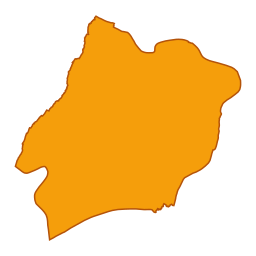 outline of Lamduan, Surin, Thailand
{"feature_id": "78962969B18818398645173", "entity_name": "Lamduan", "entity_type": "district", "adm_level": 2, "iso_a3": "THA", "parent_name": "Thailand", "parent_adm1": "Surin", "projection": "orthographic", "projection_center": [103.663, 14.716], "detail": "fine", "context": "isolated", "style": "filled", "palette": "amber", "viewbox_px": 256, "rotation_deg": 0, "n_neighbors": 0, "source": "geoboundaries", "source_scale": "gbopen_adm2", "svg_char_len": 5516}
<svg xmlns="http://www.w3.org/2000/svg" viewBox="0 0 256 256"><path d="M209.3,60.6L206.3,59.3L205.4,58.8L203.7,57.7L202.9,57.0L201.9,55.8L201.2,54.6L199.4,50.9L198.5,49.4L197.2,47.7L195.3,45.8L192.7,43.5L192.0,43.1L191.7,43.1L191.4,43.2L190.9,43.1L189.5,42.3L189.4,42.3L189.2,42.5L188.5,42.3L188.4,42.2L188.3,41.5L186.9,40.7L184.3,39.9L182.1,39.5L180.5,39.4L178.4,39.3L176.1,39.4L169.5,40.3L165.4,41.0L160.9,42.2L158.4,43.1L157.4,43.7L156.6,44.3L155.9,45.2L155.5,45.9L155.1,46.7L154.9,48.0L154.8,50.2L154.7,51.2L154.3,51.8L153.3,52.5L152.5,52.7L152.1,52.7L148.8,52.8L146.4,52.7L144.8,52.4L143.5,52.0L142.0,51.4L141.1,50.9L138.6,48.1L135.5,44.2L133.8,40.9L133.0,39.7L130.9,36.1L129.4,34.1L128.1,32.9L127.7,32.5L126.9,32.3L123.6,31.6L121.8,31.4L117.9,29.2L114.2,27.5L113.5,27.1L113.9,25.8L113.6,25.7L113.9,24.3L114.3,23.5L112.8,22.9L111.9,22.8L111.0,22.8L109.5,22.3L106.7,21.5L104.4,20.5L100.9,18.7L99.3,18.1L96.0,16.2L95.5,16.9L94.7,17.6L94.7,18.3L94.9,19.7L94.8,19.8L94.6,19.7L94.2,19.4L93.9,19.4L93.2,20.2L92.7,20.6L92.4,21.3L91.6,21.6L91.1,23.1L90.8,23.0L90.6,23.1L90.3,23.1L89.9,24.0L89.4,23.8L88.9,24.3L88.9,24.6L88.8,24.8L88.7,25.8L88.4,26.2L88.3,26.8L88.1,27.2L88.1,27.5L88.0,28.1L88.1,28.6L87.9,30.1L87.9,31.6L88.2,32.0L87.9,32.2L87.9,32.7L88.1,33.0L88.1,33.4L88.5,34.4L88.2,34.5L87.9,34.3L87.0,34.2L86.2,35.2L86.1,35.8L85.2,37.0L85.3,37.4L84.6,38.0L84.8,38.7L84.7,39.0L84.7,39.5L84.8,40.3L84.4,41.1L84.4,41.4L84.5,41.5L84.9,41.7L84.9,42.6L85.0,43.0L84.4,44.8L84.1,45.6L84.1,46.2L84.4,46.6L84.4,47.0L83.9,47.8L83.6,48.9L83.0,49.0L82.9,49.1L82.8,50.6L83.0,51.0L82.9,51.6L83.0,52.1L82.8,52.4L82.7,52.8L81.8,54.2L81.1,55.1L81.1,55.4L80.5,56.2L80.1,57.2L79.5,58.0L79.3,58.5L78.7,58.3L78.1,58.5L76.5,58.8L76.2,59.1L75.5,58.8L75.4,58.8L75.3,59.0L74.9,59.1L74.7,59.6L73.9,60.7L73.7,61.5L73.3,61.4L73.1,61.5L72.8,62.1L72.3,62.6L72.5,62.8L73.0,62.8L73.0,63.0L72.1,64.7L71.7,65.7L71.6,66.4L70.9,67.4L70.8,68.2L70.3,68.8L70.3,69.8L68.4,71.9L68.4,72.2L68.7,72.7L68.5,73.4L68.7,74.0L68.1,75.2L67.9,76.4L67.2,78.4L67.2,78.5L67.4,78.9L67.4,79.6L67.2,81.2L67.0,82.0L67.3,83.0L67.0,83.4L67.0,83.5L67.4,84.0L67.8,85.6L67.4,86.0L67.3,86.4L66.8,87.5L67.1,87.9L66.9,88.3L66.3,89.1L66.5,89.4L65.8,90.1L65.7,90.5L65.3,90.8L65.6,91.2L65.4,91.5L65.3,91.9L64.5,92.7L64.4,93.2L64.0,93.1L63.3,94.5L63.0,94.6L62.1,95.5L62.4,95.9L62.4,96.0L61.6,97.2L61.4,97.8L60.0,98.7L59.8,99.1L58.8,100.0L58.6,100.8L58.3,100.8L57.9,101.0L57.6,100.8L57.2,100.8L56.9,101.1L56.4,101.2L55.7,101.6L55.2,102.3L55.2,102.7L54.8,103.3L54.2,103.9L53.7,104.1L53.5,104.7L52.8,105.8L52.7,106.5L52.2,106.7L51.8,107.2L51.2,107.3L51.0,107.8L49.8,108.9L48.9,110.9L46.7,110.1L44.5,113.8L42.6,115.9L42.4,116.0L42.2,115.9L42.1,116.0L41.4,115.6L40.3,116.8L39.9,117.0L39.5,117.4L39.4,118.0L38.7,118.4L38.5,119.0L37.9,119.6L36.6,121.4L36.4,121.5L35.6,121.8L35.1,122.1L34.9,122.3L34.2,123.6L33.8,123.3L33.7,123.4L33.3,124.0L32.7,124.7L32.4,125.1L32.3,125.9L31.2,127.3L31.0,127.8L30.9,127.9L30.3,128.0L29.6,127.8L29.0,129.1L28.8,129.9L28.2,131.8L27.3,133.4L27.2,133.5L26.6,133.3L26.5,133.5L25.4,136.6L24.8,139.1L24.0,141.2L22.4,143.6L22.4,144.1L23.1,144.3L22.6,145.8L22.5,147.3L22.2,148.9L22.4,149.2L22.5,149.5L22.5,150.8L22.3,151.5L21.4,153.1L21.0,154.2L20.6,154.4L18.9,157.3L18.3,158.0L17.9,159.4L17.2,160.3L15.4,166.4L20.3,170.1L22.2,171.6L23.5,172.4L24.4,172.9L25.6,173.1L26.9,173.2L27.8,173.0L29.3,172.5L34.7,170.3L37.9,168.8L40.3,167.5L41.6,167.0L43.2,166.6L44.2,166.5L44.9,166.6L45.4,166.9L46.1,167.7L46.9,169.1L47.8,171.4L47.9,171.9L47.7,174.0L47.4,175.3L47.1,176.2L46.3,177.6L45.4,179.0L43.4,181.7L41.3,184.3L39.4,186.5L36.6,190.5L35.4,192.5L34.8,194.2L34.6,195.2L34.6,197.3L34.9,200.0L35.4,201.7L35.9,203.2L36.4,204.0L42.4,209.9L44.5,212.4L46.1,214.9L47.1,217.9L47.4,219.7L47.6,221.5L47.8,225.2L48.4,229.2L49.6,239.8L53.4,237.8L56.0,236.2L62.6,232.8L64.5,232.0L70.7,228.0L84.4,220.4L90.9,217.4L93.8,216.3L108.8,211.4L112.5,210.4L118.0,209.5L124.6,209.1L130.7,208.9L135.9,208.9L144.3,209.6L148.6,209.5L150.4,209.5L151.9,209.7L152.1,209.9L153.9,212.0L154.5,212.3L155.5,212.5L155.8,212.4L156.0,212.2L155.9,211.2L155.9,210.9L156.8,210.0L157.1,209.4L157.5,209.1L157.7,208.6L158.2,208.8L157.9,209.5L157.9,209.8L158.1,210.0L158.7,209.9L160.1,209.0L160.3,209.1L160.4,209.6L160.7,209.5L161.0,208.5L161.4,208.6L161.6,208.4L161.8,207.2L162.2,206.5L162.5,206.4L162.9,206.7L163.1,206.6L163.4,206.0L163.3,205.3L163.5,204.3L164.0,203.7L164.6,204.1L166.0,204.9L166.1,205.1L166.1,205.8L166.5,206.0L166.7,206.4L167.2,206.6L167.5,206.6L167.9,206.2L168.4,206.8L168.7,206.7L169.9,205.8L170.0,205.3L170.1,205.0L170.9,204.7L171.4,204.3L171.6,204.3L172.0,204.6L172.5,205.4L173.0,205.4L173.8,205.6L174.1,204.7L175.3,200.1L175.7,198.2L175.8,197.2L176.4,194.8L176.9,193.5L177.2,192.1L178.0,189.8L179.9,186.5L183.3,179.4L184.0,178.5L184.7,177.7L185.6,177.2L192.9,173.2L196.2,172.0L200.3,169.8L202.2,168.5L205.3,166.0L208.5,162.9L210.0,160.4L211.5,155.0L211.7,153.9L213.0,149.9L213.7,149.9L214.4,149.6L215.1,149.0L215.5,148.2L216.3,146.0L217.5,140.9L218.1,138.9L218.3,137.6L218.2,136.2L218.3,134.8L218.6,133.8L219.1,131.3L219.0,130.5L218.6,129.0L218.9,127.8L219.3,125.8L219.3,124.4L219.1,122.0L219.4,119.2L219.3,118.3L219.4,118.1L219.9,117.5L220.3,116.3L221.3,114.4L221.4,113.8L220.8,112.6L220.5,111.7L220.5,110.4L220.9,107.9L222.8,103.7L223.9,102.5L227.1,99.9L230.8,97.6L235.2,94.3L238.1,91.9L239.5,89.9L239.8,89.3L240.4,86.8L240.6,85.0L240.6,82.7L240.5,80.4L237.3,71.7L234.0,68.7L231.6,67.3L226.0,65.3L218.5,63.1L212.4,61.5L209.3,60.6Z" fill="#f59e0b" stroke="#b45309" stroke-width="1.5"/></svg>